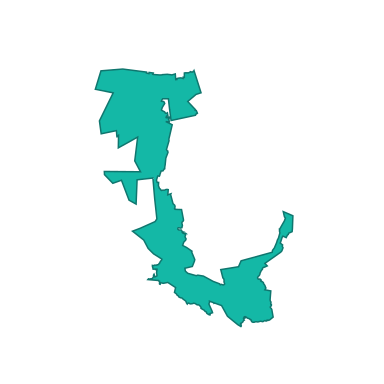 outline of Ciudad Fernández, San Luis Potosí, Mexico, rotated 243°
{"feature_id": "50627088B46158390709615", "entity_name": "Ciudad Fernández", "entity_type": "district", "adm_level": 2, "iso_a3": "MEX", "parent_name": "Mexico", "parent_adm1": "San Luis Potosí", "projection": "orthographic", "projection_center": [-100.29, 21.991], "detail": "fine", "context": "isolated", "style": "filled", "palette": "teal", "viewbox_px": 384, "rotation_deg": 243, "n_neighbors": 0, "source": "geoboundaries", "source_scale": "gbopen_adm2", "svg_char_len": 5916}
<svg xmlns="http://www.w3.org/2000/svg" viewBox="0 0 384 384"><g transform="rotate(243 192 192)"><path d="M43.7,207.5L51.2,209.8L52.3,209.7L53.4,209.3L54.2,209.7L54.7,211.1L55.8,211.7L56.1,211.2L57.2,211.6L58.0,212.4L59.4,212.3L60.6,212.7L68.1,217.3L71.8,212.5L72.6,213.9L73.0,214.3L73.6,214.1L74.3,214.4L75.9,214.5L78.0,214.2L78.4,214.2L78.9,214.5L80.4,213.8L80.5,213.4L81.3,212.8L81.7,212.8L81.8,213.3L82.0,213.6L82.4,213.6L83.7,213.0L83.8,212.3L84.2,211.5L85.7,211.4L86.8,212.7L86.9,213.7L87.5,214.7L88.2,215.4L88.8,215.7L88.9,216.0L90.3,217.7L91.3,219.8L91.9,220.0L92.4,221.2L92.1,222.6L92.0,225.5L95.3,224.5L98.1,243.7L98.7,245.3L101.0,247.8L102.7,247.8L103.7,248.7L106.5,247.4L107.4,248.6L107.8,248.8L108.5,249.6L110.6,251.6L111.4,253.0L108.6,255.2L110.4,257.6L110.4,258.5L111.4,259.4L111.2,263.2L113.5,264.7L125.0,271.1L133.1,264.4L127.9,263.1L126.4,263.4L124.3,261.2L122.3,258.1L119.2,253.4L118.9,253.2L119.1,253.0L118.0,252.5L117.9,252.6L117.2,252.1L115.8,251.8L115.4,251.5L111.7,248.1L110.4,246.2L109.5,245.4L108.3,244.2L104.7,239.9L103.5,237.3L101.9,236.1L108.4,204.5L104.3,199.5L109.8,182.4L101.4,180.5L100.1,180.9L97.8,180.1L97.5,179.7L95.3,179.4L95.1,179.2L94.9,178.4L95.0,177.6L96.6,176.0L96.5,175.0L97.8,174.8L102.7,170.3L111.9,164.0L115.3,159.4L115.5,157.8L121.5,151.3L124.5,150.2L127.3,151.0L125.5,158.5L129.3,162.8L130.5,163.8L139.1,164.5L139.3,165.1L145.0,162.0L148.6,159.4L150.9,161.7L151.3,162.5L151.9,164.4L152.6,165.0L152.8,165.4L153.5,165.5L154.0,165.3L155.3,165.5L155.8,165.8L156.3,166.5L156.7,166.7L157.3,166.6L157.6,166.8L157.7,167.3L157.5,167.8L158.2,167.5L158.7,166.6L158.7,165.9L159.4,165.3L160.2,165.0L160.3,165.3L160.3,166.1L161.1,165.2L162.4,165.3L163.0,165.2L164.1,163.1L165.0,162.5L165.4,162.5L166.1,162.9L166.4,163.5L166.0,164.3L165.3,165.0L165.1,165.3L164.8,166.5L164.8,166.9L165.6,167.3L166.2,168.1L167.6,168.6L168.1,168.6L169.2,169.0L169.6,169.4L170.1,170.9L170.5,171.5L171.4,171.9L181.1,174.7L183.8,169.8L184.1,169.7L184.2,169.1L184.7,168.8L185.0,168.8L185.7,169.5L186.7,170.3L188.0,170.6L190.2,169.8L199.5,171.8L200.0,172.4L200.5,169.1L202.9,170.7L204.9,171.9L205.7,170.9L206.1,169.6L206.1,168.3L206.3,167.7L206.7,167.3L206.9,166.8L207.2,165.5L207.6,165.2L208.7,165.2L210.1,164.6L213.1,165.0L214.3,165.8L215.7,166.6L216.3,165.3L218.7,165.7L221.8,168.7L221.8,169.1L220.9,170.0L221.2,170.6L222.4,171.6L223.8,173.1L224.2,173.4L224.7,174.0L224.0,175.7L225.2,177.7L225.0,178.1L225.3,178.4L226.5,179.0L228.5,180.5L234.1,184.1L238.2,188.6L239.3,188.9L239.3,188.7L241.4,188.5L248.1,194.8L249.5,195.3L250.0,195.7L260.9,204.9L266.7,200.6L265.6,202.3L264.9,203.6L266.6,204.2L267.6,204.6L267.7,204.2L268.0,204.3L267.9,204.9L268.1,205.5L268.4,205.7L268.7,204.5L269.0,204.6L268.5,206.5L268.8,206.7L269.8,202.8L270.1,202.7L271.2,203.8L270.8,205.1L273.7,206.0L273.6,205.3L274.3,204.1L275.8,204.0L278.6,202.0L278.9,202.0L280.9,204.0L283.3,207.9L284.9,208.0L285.5,207.8L286.7,206.0L287.0,206.3L287.4,206.5L288.4,208.2L285.8,213.3L275.4,209.4L275.2,209.5L275.0,209.3L274.2,209.0L265.2,205.8L258.8,229.9L259.5,230.8L259.6,232.0L259.8,232.0L259.8,232.6L262.6,232.8L263.3,231.9L263.9,232.4L274.6,229.3L277.1,239.9L276.3,245.1L299.2,248.9L298.9,248.5L299.0,248.2L298.7,248.0L298.8,247.7L298.6,247.4L298.7,246.8L299.1,246.4L299.2,245.8L299.9,245.2L299.7,245.0L299.8,242.9L301.3,240.0L301.5,239.2L297.6,237.2L298.3,236.3L297.2,235.6L298.7,234.0L299.3,232.5L299.7,231.3L299.9,230.0L299.1,229.6L299.5,228.5L304.8,230.7L305.5,227.1L306.1,226.4L308.1,223.4L310.1,218.7L310.0,218.3L310.9,216.4L314.2,211.0L314.7,210.5L315.6,211.5L318.0,208.1L317.0,207.4L318.7,205.4L319.5,205.9L333.0,186.1L341.3,165.9L327.4,152.5L316.1,166.8L297.4,141.8L285.1,137.5L281.0,152.5L277.4,151.0L275.3,150.2L275.1,150.7L275.7,151.2L275.9,152.3L264.8,146.4L265.6,168.5L245.7,155.1L233.4,155.3L250.1,123.2L247.2,121.9L235.7,125.4L234.5,134.5L213.3,132.2L206.6,136.7L227.8,148.6L222.2,163.5L203.2,155.8L184.0,148.5L182.4,145.7L183.2,129.4L184.1,121.2L171.1,127.2L161.6,127.3L154.3,129.7L145.9,134.7L145.4,134.4L144.3,132.0L143.2,130.7L143.3,130.3L142.8,129.6L142.6,128.7L143.0,128.0L142.8,127.8L142.8,127.4L143.9,125.3L143.7,124.6L144.6,123.4L143.3,122.8L142.6,122.8L140.9,122.3L139.9,124.4L139.5,124.2L139.1,124.7L139.5,125.1L139.1,125.8L136.1,123.7L134.0,123.1L133.4,122.8L133.1,122.5L133.3,121.9L133.1,121.3L133.2,120.4L135.5,120.6L135.7,120.9L136.0,120.9L135.4,120.0L134.9,119.7L134.5,119.9L134.1,119.4L132.9,117.4L133.8,114.5L134.4,113.8L134.0,112.9L128.4,121.9L127.7,122.0L127.3,122.2L127.1,122.5L125.7,121.8L125.1,121.4L124.7,121.3L124.2,121.7L124.3,121.9L125.6,122.6L123.7,124.9L122.4,129.4L114.3,134.0L110.5,130.8L108.2,131.9L107.3,131.8L106.5,132.1L105.6,132.7L104.6,132.6L104.1,132.9L103.0,133.7L102.7,134.3L102.1,134.9L100.9,135.3L97.9,136.8L96.9,137.0L96.0,136.7L94.3,136.9L94.6,137.5L94.7,138.3L94.5,138.7L93.6,139.2L92.9,140.0L92.2,142.1L92.2,143.0L91.1,144.3L89.6,145.0L88.9,145.7L88.8,146.3L88.2,146.8L86.9,147.4L85.6,147.6L84.6,147.6L84.2,147.2L80.9,149.3L80.3,149.3L79.4,149.6L79.0,150.1L78.3,150.3L77.4,150.1L76.8,150.3L75.1,151.3L74.4,152.0L74.3,152.4L75.5,152.8L75.1,155.5L76.9,155.8L84.6,156.2L85.8,157.6L86.8,158.0L83.2,161.3L82.8,161.1L82.6,161.9L77.4,166.8L65.2,167.2L53.1,172.5L49.4,174.8L50.4,174.7L50.7,174.9L50.8,175.3L51.0,175.5L52.5,175.3L52.8,175.6L52.5,175.8L53.1,177.9L53.1,178.2L53.3,178.3L54.1,179.8L54.1,180.4L55.0,180.3L55.7,180.5L55.7,180.8L55.9,180.5L56.1,180.6L56.4,180.9L56.5,181.5L56.8,181.6L57.1,182.0L57.0,182.3L56.8,182.2L56.5,183.1L56.3,183.1L56.4,182.6L56.2,182.7L56.2,182.9L55.7,183.4L55.7,183.6L54.5,184.1L52.8,185.8L52.1,185.8L51.7,186.3L51.4,186.2L51.0,186.4L50.9,186.6L50.5,186.6L49.9,186.3L49.2,186.4L48.2,187.2L47.7,188.4L47.6,189.4L47.2,190.4L46.3,191.7L45.7,194.5L45.0,195.4L44.6,195.7L44.3,196.5L44.4,198.4L44.3,198.7L43.5,199.2L43.2,200.1L43.7,200.5L43.8,200.8L43.0,201.6L43.0,202.5L42.7,202.9L43.7,207.5Z" fill="#14b8a6" stroke="#0f766e" stroke-width="1.5"/></g></svg>